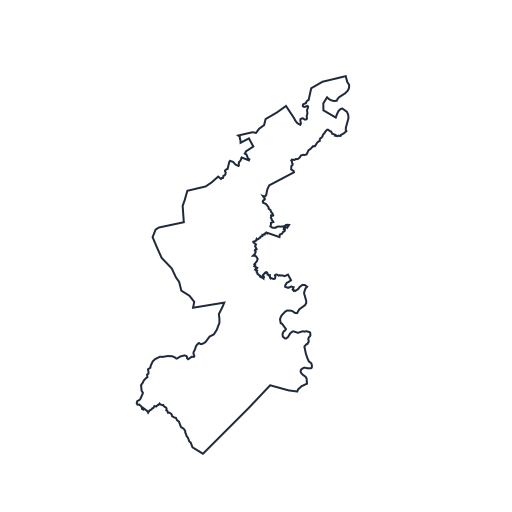 Igualapa, Guerrero, Mexico (Natural Earth projection), rotated 206°
{"feature_id": "50627088B45724771957529", "entity_name": "Igualapa", "entity_type": "district", "adm_level": 2, "iso_a3": "MEX", "parent_name": "Mexico", "parent_adm1": "Guerrero", "projection": "natural_earth1", "projection_center": [-98.499, 16.781], "detail": "fine", "context": "isolated", "style": "outline", "palette": "slate", "viewbox_px": 512, "rotation_deg": 206, "n_neighbors": 0, "source": "geoboundaries", "source_scale": "gbopen_adm2", "svg_char_len": 6108}
<svg xmlns="http://www.w3.org/2000/svg" viewBox="0 0 512 512"><g transform="rotate(206 256 256)"><path d="M254.2,457.0L272.6,441.8L279.9,431.0L277.1,419.3L278.0,418.1L278.4,415.3L278.2,415.1L280.1,413.1L280.1,412.3L279.4,411.1L278.2,411.1L277.6,411.3L275.7,413.4L274.9,413.3L274.5,412.8L274.0,409.2L272.3,406.8L271.8,404.1L270.4,401.8L270.7,400.8L271.9,400.0L274.4,400.3L276.0,398.6L275.7,397.4L273.7,394.8L273.8,393.3L277.0,393.5L280.0,394.9L282.1,396.5L294.8,404.0L300.1,394.2L307.4,383.3L306.1,377.2L309.0,371.7L309.9,366.7L313.4,365.7L324.8,356.5L323.2,356.2L322.6,355.8L321.9,354.3L320.8,353.4L319.5,351.0L313.9,358.6L306.4,353.2L311.0,345.5L310.7,344.3L311.0,343.6L311.0,343.1L309.0,343.0L306.1,340.2L304.4,340.0L304.3,338.8L312.1,338.3L312.2,337.6L311.7,336.4L311.9,334.4L312.5,332.7L311.0,329.6L311.2,329.2L314.5,329.2L317.7,330.5L321.0,330.2L321.3,329.0L319.7,321.7L320.4,321.3L321.3,319.3L321.1,318.7L319.8,317.7L319.3,316.0L319.5,314.8L320.4,313.9L319.9,311.7L320.8,311.2L321.2,309.9L324.8,310.8L328.3,302.4L331.7,296.5L346.3,284.5L344.6,275.1L343.9,268.9L335.7,254.7L355.8,239.0L357.8,235.7L357.2,227.6L348.0,219.6L339.9,212.9L326.3,207.9L318.6,201.7L313.7,199.0L307.9,192.1L298.4,191.1L291.4,187.7L289.9,181.9L264.1,200.2L263.8,195.5L263.9,187.5L261.3,183.4L259.6,179.9L258.9,172.6L259.5,167.1L262.4,163.2L263.7,156.4L265.1,154.2L266.5,152.9L267.3,152.5L269.0,152.8L269.4,152.5L270.2,150.1L270.4,148.1L269.9,145.7L269.9,142.1L269.4,140.8L267.7,139.3L267.5,138.6L267.7,138.0L269.6,137.3L271.7,133.5L273.0,133.8L273.7,135.0L274.6,135.6L276.7,135.3L280.1,132.4L281.9,129.4L282.6,128.9L284.7,129.3L287.2,129.2L291.5,127.4L295.8,124.3L298.1,123.4L301.4,119.2L302.6,116.1L302.6,111.6L302.0,109.2L303.4,106.9L301.4,104.0L301.2,102.9L301.9,101.7L300.5,99.4L301.2,98.3L302.3,94.9L302.2,92.7L302.7,89.5L299.7,84.7L297.8,83.6L297.5,82.7L297.3,76.8L297.6,75.6L299.1,73.5L298.7,71.4L297.3,70.4L295.8,71.3L292.8,70.4L291.4,68.6L290.1,68.6L290.4,69.9L285.6,68.9L284.3,67.9L284.0,70.5L282.7,72.2L282.4,73.7L281.7,74.3L281.5,76.6L279.8,76.9L278.9,79.1L278.4,79.4L278.0,81.1L277.0,80.6L274.6,81.0L274.1,81.4L272.7,80.5L270.3,80.3L269.8,79.9L269.3,79.4L269.0,78.0L267.8,78.0L266.5,76.5L265.1,77.2L263.3,77.0L262.2,76.5L261.3,75.3L259.0,75.0L257.0,75.4L255.0,73.8L252.7,73.4L248.4,69.3L245.4,69.1L243.0,67.8L242.1,66.2L241.0,65.4L239.5,63.8L237.5,62.8L234.8,60.2L232.8,59.6L229.2,56.2L217.0,55.0L195.8,116.6L186.6,146.0L167.8,149.5L159.5,152.3L159.7,154.5L158.0,158.9L154.2,163.6L156.6,167.7L157.5,168.6L158.6,169.2L162.4,169.9L164.5,170.9L165.4,171.9L165.7,173.7L164.5,175.9L163.5,176.9L160.1,177.8L157.4,179.2L157.0,179.9L157.1,180.8L158.1,182.6L159.3,183.8L162.4,184.5L165.5,187.1L168.8,190.6L172.8,195.8L172.1,198.6L171.1,199.8L171.3,200.9L171.0,201.4L171.3,202.7L172.7,204.4L172.8,206.2L172.3,207.6L172.4,208.7L173.6,210.7L174.5,211.1L177.9,210.4L179.2,209.3L180.9,208.9L184.7,205.3L189.4,204.7L190.2,203.9L191.3,201.6L191.8,196.8L192.9,195.0L193.8,194.6L196.6,195.3L198.0,197.6L198.1,200.4L197.2,201.8L197.1,203.5L203.1,206.6L204.3,206.4L206.6,209.5L207.0,211.7L206.9,214.0L205.4,218.7L204.2,220.6L200.6,222.2L198.7,222.4L195.9,221.9L194.0,222.7L193.8,226.9L190.4,233.3L190.2,235.5L191.1,237.6L196.3,243.4L196.8,244.4L197.3,248.7L196.6,250.8L199.4,251.3L201.6,250.4L203.3,247.0L203.5,245.0L205.5,241.6L207.2,242.0L207.2,241.4L208.4,241.9L208.5,244.4L211.0,244.0L212.7,241.8L213.2,241.8L213.5,241.4L216.3,241.1L216.9,242.6L216.6,244.2L216.7,245.2L215.3,247.0L213.9,249.6L219.1,253.3L221.5,250.4L223.5,250.2L225.0,249.4L226.2,249.2L226.9,248.3L229.1,248.5L229.7,248.2L230.4,247.4L230.5,246.8L229.6,246.0L229.1,244.7L229.1,243.9L230.2,243.0L233.0,242.8L233.1,242.3L233.8,242.6L235.2,244.9L235.8,244.5L235.8,244.1L237.0,244.6L237.5,244.4L238.1,245.6L239.4,246.1L239.9,245.0L240.4,245.2L241.4,241.9L241.0,241.3L240.3,241.2L239.6,240.5L239.9,240.2L239.4,239.0L239.9,239.1L241.4,240.6L241.9,239.1L243.2,239.8L243.5,239.4L244.3,240.1L246.9,240.6L247.1,241.2L248.6,242.0L248.6,243.3L250.8,243.3L250.6,244.4L250.0,244.5L249.7,245.9L253.0,246.0L252.7,247.5L253.9,247.8L252.9,251.7L253.2,254.1L255.6,255.6L256.7,255.9L258.8,254.9L258.5,255.8L257.8,256.3L258.1,257.6L257.9,258.3L258.2,259.8L259.4,260.3L259.6,260.8L259.2,261.8L258.5,262.0L258.4,262.4L261.1,264.4L261.1,266.4L264.2,267.1L264.7,267.6L262.8,269.6L262.9,271.4L262.3,271.0L262.1,271.7L261.3,272.2L261.1,273.2L260.2,274.5L260.4,275.4L259.0,276.7L259.5,277.8L258.9,278.0L258.6,278.8L257.6,279.1L257.8,280.3L257.0,281.1L256.3,281.1L256.6,281.7L243.2,283.3L244.0,285.7L242.3,287.6L242.3,289.3L241.2,290.8L241.6,292.4L242.7,292.1L243.3,293.5L242.2,294.1L242.2,295.0L240.8,295.1L240.5,295.9L240.3,295.7L239.9,298.4L241.2,298.0L242.8,296.9L243.4,295.3L246.5,293.3L248.7,292.4L250.4,291.1L250.6,290.1L252.0,289.3L253.8,288.6L256.1,289.0L256.2,290.3L257.1,292.4L255.3,294.1L256.2,294.8L257.8,295.4L258.1,296.1L259.5,297.0L259.6,298.0L260.3,298.9L260.3,299.2L259.5,299.8L258.5,299.6L258.3,300.0L260.0,301.6L261.7,302.1L263.2,303.7L265.3,304.0L266.1,305.3L267.6,306.1L269.8,307.1L273.0,307.0L273.8,308.0L273.6,308.2L273.9,309.0L272.9,310.6L273.0,311.2L276.2,313.0L274.3,313.3L273.7,314.1L273.9,314.8L273.6,315.4L275.0,320.7L275.1,325.3L258.6,347.8L259.4,348.9L262.3,349.2L263.7,352.4L263.1,353.8L263.4,354.9L264.3,355.4L265.2,356.7L266.2,357.3L266.0,358.4L263.5,359.2L262.9,360.5L261.1,361.3L260.0,363.2L259.6,366.1L258.0,367.6L256.9,367.9L255.1,369.4L255.1,374.3L254.1,375.7L252.8,379.8L252.0,379.8L251.7,380.5L251.1,380.7L250.7,384.7L250.2,386.1L249.1,387.3L249.6,388.2L249.8,390.1L249.1,390.8L248.7,392.3L248.9,394.6L248.2,397.0L248.2,398.3L247.4,400.7L246.7,401.1L243.8,400.6L243.0,400.8L241.1,399.3L237.7,399.7L237.6,398.8L235.1,399.5L234.7,400.3L232.7,400.9L232.8,401.9L230.7,405.0L229.5,407.9L230.5,408.5L231.5,410.8L233.3,420.4L235.0,423.3L237.4,425.4L243.1,426.4L244.4,425.2L245.4,422.5L245.4,418.9L245.0,415.4L259.3,416.5L262.4,422.7L261.7,429.8L259.2,429.0L256.7,428.9L253.5,429.6L251.5,431.0L251.5,433.1L250.9,435.2L247.2,441.3L246.1,444.5L246.0,447.3L246.5,449.0L247.4,450.7L250.3,452.4L254.2,457.0Z" fill="none" stroke="#1e293b" stroke-width="2"/></g></svg>